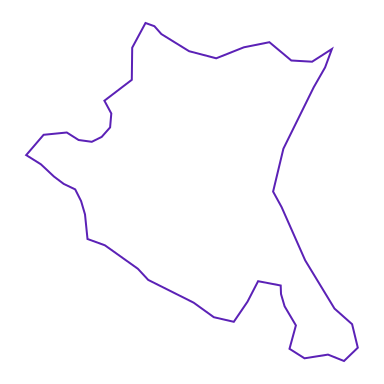 map outline of Grad Sofiya (Natural Earth projection)
{"feature_id": "BGR-2243", "entity_name": "Grad Sofiya", "entity_type": "Province", "adm_level": 1, "iso_a3": "BGR", "parent_name": "Bulgaria", "parent_adm1": "", "projection": "natural_earth1", "projection_center": [23.369, 42.657], "detail": "fine", "context": "isolated", "style": "outline", "palette": "violet", "viewbox_px": 384, "rotation_deg": 0, "n_neighbors": 0, "source": "natural_earth", "source_scale": "10m", "svg_char_len": 748}
<svg xmlns="http://www.w3.org/2000/svg" viewBox="0 0 384 384"><path d="M145.5,23.0L154.4,26.2L161.4,34.1L189.1,51.2L216.2,58.3L243.9,47.3L269.4,42.2L291.3,60.5L312.1,61.7L331.9,49.0L325.1,67.4L313.7,87.3L283.4,148.7L273.1,191.6L281.6,207.1L305.2,260.4L334.5,308.6L352.1,324.2L357.8,347.7L344.0,361.0L328.0,354.6L304.5,358.3L289.5,348.8L295.9,325.4L284.6,306.3L281.0,294.0L280.7,285.5L258.1,281.2L247.5,301.7L233.8,321.8L213.8,317.2L193.7,302.7L148.2,279.9L137.9,268.8L104.9,245.3L87.5,239.0L85.0,214.4L81.1,201.1L75.2,189.4L63.7,183.9L53.9,176.5L40.9,164.3L26.2,155.1L43.6,134.8L66.8,132.5L78.6,140.0L91.8,141.8L101.7,136.9L110.1,127.4L111.3,113.5L104.4,100.7L131.8,79.8L132.2,47.7L145.5,23.0Z" fill="none" stroke="#5b21b6" stroke-width="2"/></svg>